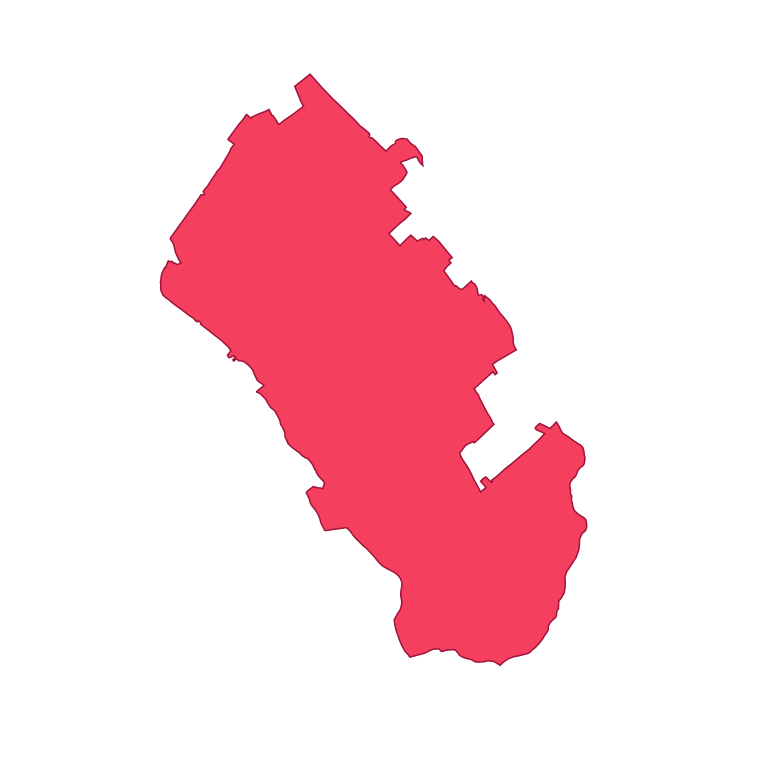 the district of Braesti, Iasi, Romania, rotated 330°
{"feature_id": "2599482B69543465685111", "entity_name": "Braesti", "entity_type": "district", "adm_level": 2, "iso_a3": "ROU", "parent_name": "Romania", "parent_adm1": "Iasi", "projection": "orthographic", "projection_center": [27.088, 47.145], "detail": "fine", "context": "isolated", "style": "filled", "palette": "rose", "viewbox_px": 768, "rotation_deg": 330, "n_neighbors": 0, "source": "geoboundaries", "source_scale": "gbopen_adm2", "svg_char_len": 6148}
<svg xmlns="http://www.w3.org/2000/svg" viewBox="0 0 768 768"><g transform="rotate(330 384 384)"><path d="M259.7,481.5L279.6,489.6L281.2,494.6L281.7,500.7L282.3,503.4L285.1,513.6L286.6,517.4L289.3,529.1L289.8,532.8L290.5,536.6L291.7,540.5L293.1,543.4L298.7,552.3L300.1,555.6L300.9,558.8L300.8,561.4L300.3,565.0L297.5,569.0L295.1,571.8L293.6,574.1L292.4,576.3L290.6,581.4L288.2,584.7L285.8,587.0L284.5,587.9L281.5,589.3L276.2,592.5L274.8,593.6L273.3,597.1L271.3,603.4L270.3,609.1L269.5,612.6L268.7,618.9L268.5,625.4L269.6,630.7L269.8,633.5L284.5,637.4L293.9,638.2L299.2,640.8L300.0,644.5L304.8,645.7L310.6,648.3L312.9,650.3L313.2,652.4L313.7,654.0L313.7,656.6L315.4,659.7L317.7,662.4L321.1,665.6L322.2,667.0L323.9,670.0L326.3,671.9L329.7,673.5L333.0,675.0L335.4,675.5L340.5,679.4L344.0,685.8L346.0,685.0L350.6,684.3L353.8,684.1L359.8,685.0L364.5,686.7L373.8,689.3L376.7,689.2L379.5,688.3L383.1,687.9L388.1,686.4L393.2,684.4L397.8,681.9L400.5,680.7L403.0,679.2L403.8,678.4L405.2,675.8L407.9,674.1L410.5,673.1L416.1,671.9L417.8,670.4L419.5,667.8L420.9,666.7L423.1,665.6L423.3,664.9L427.1,659.0L428.8,658.7L431.0,657.7L435.4,655.1L439.2,650.6L441.7,646.6L443.0,643.9L444.8,640.8L445.5,640.5L447.8,638.2L463.9,630.1L469.6,625.2L473.0,620.7L475.0,617.3L476.8,615.4L480.9,612.5L484.6,611.8L485.9,611.3L487.9,609.3L489.1,607.4L490.9,602.9L490.8,601.4L490.2,599.7L487.0,593.7L485.7,589.1L485.6,588.0L486.7,583.4L487.5,581.4L488.1,578.7L488.5,577.9L490.6,574.7L490.7,573.9L490.4,572.1L491.3,571.1L492.6,568.8L493.9,565.2L495.3,563.3L497.4,561.6L500.4,560.4L502.8,560.0L504.4,559.3L508.6,555.9L511.9,554.6L515.2,554.3L516.4,553.9L517.8,552.8L520.8,549.1L521.3,548.0L521.9,545.8L523.3,542.6L524.3,539.3L524.4,538.0L523.6,534.9L521.8,532.1L521.2,530.4L520.0,528.4L517.1,521.4L514.2,516.2L514.0,512.0L514.4,509.1L514.3,503.1L505.6,505.5L499.2,496.0L495.8,496.6L493.6,497.3L492.8,497.9L493.0,499.6L498.5,507.3L490.8,509.6L477.3,513.0L467.3,514.5L455.0,516.8L448.2,517.7L435.2,520.4L429.6,521.1L428.8,521.5L429.1,522.7L428.8,523.0L427.7,522.7L425.7,515.4L422.4,515.5L419.0,516.6L420.6,524.7L413.6,525.7L413.9,522.2L414.1,511.9L414.7,504.9L415.0,498.2L414.2,487.5L414.9,481.8L423.6,478.1L427.6,478.0L432.7,478.7L432.8,480.1L438.6,478.9L459.2,473.8L458.7,472.6L459.2,467.9L459.1,463.9L459.0,462.9L459.1,456.6L459.6,445.4L460.3,440.4L459.9,438.1L459.7,433.2L484.4,427.8L484.7,431.4L487.5,431.1L487.7,426.6L487.6,421.8L487.8,421.4L488.3,421.2L493.6,420.7L515.7,420.6L515.6,416.5L516.2,414.2L517.0,412.0L518.3,410.1L519.6,406.8L521.4,401.1L522.0,398.3L522.1,396.4L521.8,392.4L521.1,386.8L520.1,382.0L519.5,376.5L519.3,371.8L518.5,369.3L517.6,363.6L515.9,359.3L515.6,358.0L513.0,360.4L512.1,362.2L512.0,361.0L512.1,360.3L513.7,358.1L513.9,357.6L513.5,356.0L513.1,355.4L511.0,354.6L510.2,353.4L510.3,352.8L510.9,352.1L511.2,350.6L512.1,348.8L512.5,347.0L512.7,343.0L511.4,340.8L511.1,339.5L511.1,338.5L499.0,341.2L497.1,339.5L495.5,334.9L494.7,335.1L494.1,333.2L493.0,321.1L492.3,316.0L496.8,313.9L502.6,312.6L502.0,309.1L506.2,308.7L502.7,287.4L501.5,284.2L500.6,280.9L494.6,282.1L493.1,278.4L490.6,278.7L490.5,277.3L484.2,276.7L481.7,268.5L476.6,269.6L467.7,272.0L466.9,272.4L465.1,263.4L463.3,256.4L472.6,253.9L480.8,252.3L484.3,251.9L492.6,249.7L491.4,247.4L489.8,245.4L488.8,243.0L491.7,242.0L487.9,224.2L486.6,219.2L488.3,218.3L493.2,217.5L495.5,217.6L498.4,217.3L502.0,216.6L508.2,213.5L509.8,212.1L510.0,208.9L509.8,206.9L509.8,205.0L509.0,200.4L509.2,200.2L512.1,200.5L514.4,201.3L519.9,201.8L525.0,203.0L525.8,204.0L526.0,204.7L526.1,205.4L525.7,207.3L525.8,210.0L525.9,211.1L526.9,214.1L527.2,213.2L529.6,208.3L530.7,206.6L531.0,204.9L529.9,194.2L527.9,190.0L527.0,187.4L526.5,183.6L522.6,180.4L519.9,179.6L516.6,179.1L515.4,179.5L514.3,181.2L513.7,181.4L509.0,181.4L502.2,183.3L499.8,175.7L498.6,170.8L497.4,167.3L497.2,166.1L496.2,164.4L495.2,163.9L494.9,163.3L494.9,162.0L495.9,161.4L496.4,160.8L496.6,160.2L496.3,158.7L493.1,150.1L492.5,149.5L490.7,140.9L487.5,129.9L484.7,119.7L482.2,111.4L478.4,95.9L474.9,78.7L455.5,81.6L453.7,95.4L453.4,96.3L453.1,102.5L453.4,103.2L439.4,105.0L430.7,105.6L423.1,106.7L422.4,104.8L422.6,102.8L422.0,95.9L421.3,95.0L421.2,94.2L421.6,92.0L421.3,91.0L421.6,90.1L421.7,88.8L417.1,88.5L411.5,87.6L405.0,86.9L402.6,86.8L401.5,87.3L399.9,82.1L399.1,82.0L394.0,84.5L388.3,86.5L371.7,93.8L371.1,94.3L374.2,101.4L369.1,103.6L367.2,105.2L365.0,106.5L350.6,114.7L345.3,116.6L343.3,117.8L335.8,121.4L329.3,124.8L327.5,125.2L323.5,127.0L323.7,129.4L323.4,130.1L322.5,130.1L321.5,129.6L320.5,128.6L320.0,128.7L311.5,132.9L272.1,150.7L271.4,152.0L271.7,155.0L271.6,158.2L269.5,164.9L269.1,166.7L268.5,173.3L268.6,175.9L268.8,177.5L265.1,177.4L264.4,176.8L263.4,174.8L262.4,174.7L261.9,171.8L259.4,170.9L258.8,169.5L257.5,170.3L252.9,174.2L252.3,173.5L247.4,176.8L245.0,179.2L243.4,181.5L241.4,183.9L240.1,186.8L237.6,191.2L237.0,196.6L237.5,198.3L238.7,201.3L239.8,203.4L240.2,205.0L243.4,213.0L245.8,218.1L249.0,225.8L249.3,226.8L251.8,231.6L252.2,233.1L252.2,234.5L253.4,236.8L254.6,236.1L255.6,238.3L255.9,240.2L255.1,240.5L265.3,265.9L265.8,267.4L265.8,267.9L267.7,273.9L267.6,274.2L267.9,276.0L267.8,279.0L266.4,279.4L262.8,280.7L262.9,283.7L266.1,284.4L268.4,284.4L268.7,286.5L265.1,287.6L265.4,289.1L268.6,288.2L269.8,291.1L273.2,293.6L275.0,296.9L276.7,302.4L277.4,306.5L277.0,308.0L276.5,312.0L276.1,317.1L276.7,319.4L279.4,324.8L279.3,325.2L271.6,326.5L269.8,327.0L269.8,327.4L271.6,329.9L272.1,330.8L274.0,338.6L273.8,341.2L274.0,347.0L274.4,348.6L275.6,351.6L276.0,353.6L275.8,362.3L274.4,367.2L274.3,368.6L274.5,370.1L273.9,375.8L273.5,377.4L272.2,379.5L271.8,380.7L271.7,381.3L271.8,382.0L271.1,387.7L272.8,393.5L274.3,396.4L274.8,398.1L276.3,400.9L277.2,404.9L278.9,408.4L280.6,410.6L281.0,411.6L281.8,417.4L281.7,420.6L281.3,422.7L281.6,425.6L281.1,426.8L281.3,427.7L281.2,430.0L281.9,434.2L282.9,437.8L283.0,439.3L282.8,440.1L280.8,442.2L280.1,442.2L280.1,442.9L278.9,444.1L276.9,442.2L275.0,441.0L271.4,437.4L264.3,438.4L262.3,439.3L261.8,446.3L260.7,450.3L260.7,453.7L261.4,457.6L261.7,463.0L261.5,465.8L260.9,469.3L259.9,472.7L259.5,480.8L259.7,481.5Z" fill="#f43f5e" stroke="#9f1239" stroke-width="1.5"/></g></svg>